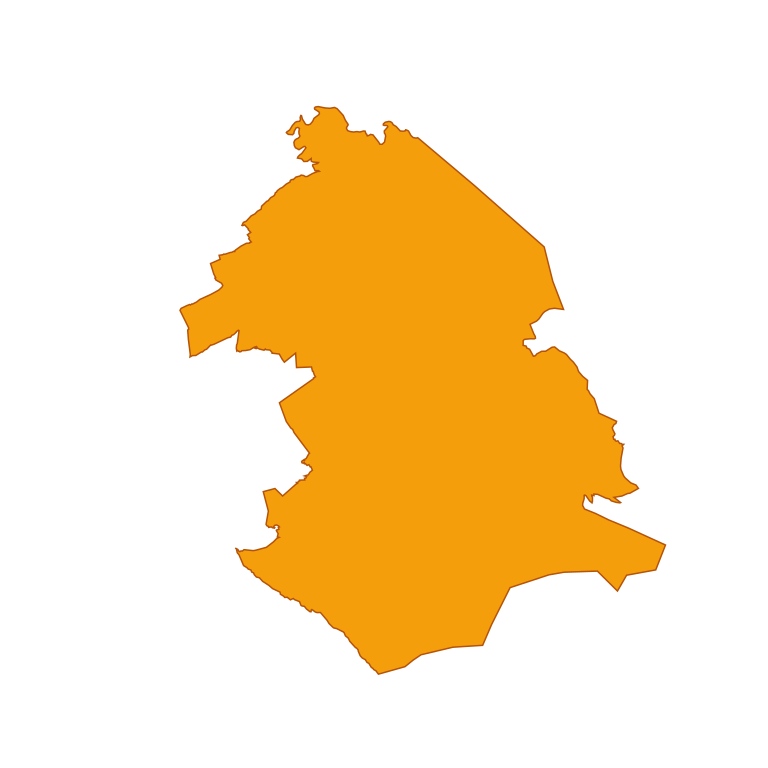 Tlahuapan, Puebla, Mexico, rotated 157°
{"feature_id": "50627088B76497892833902", "entity_name": "Tlahuapan", "entity_type": "district", "adm_level": 2, "iso_a3": "MEX", "parent_name": "Mexico", "parent_adm1": "Puebla", "projection": "albers", "projection_center": [-98.56, 19.351], "detail": "fine", "context": "isolated", "style": "filled", "palette": "amber", "viewbox_px": 768, "rotation_deg": 157, "n_neighbors": 0, "source": "geoboundaries", "source_scale": "gbopen_adm2", "svg_char_len": 6171}
<svg xmlns="http://www.w3.org/2000/svg" viewBox="0 0 768 768"><g transform="rotate(157 384 384)"><path d="M223.2,531.3L256.7,597.5L258.4,597.8L260.9,599.5L262.1,602.2L262.6,607.3L264.0,609.0L264.8,609.5L265.3,608.8L267.4,609.1L270.2,610.6L272.2,616.3L274.2,619.0L274.5,621.3L275.5,622.9L276.9,623.8L280.6,624.5L282.9,623.7L283.5,622.7L282.9,622.0L280.5,620.9L280.0,620.3L280.0,619.2L284.9,616.8L285.6,614.7L285.3,613.4L285.6,611.6L289.0,606.5L292.0,605.4L294.1,606.3L294.4,608.8L296.8,617.6L298.8,619.0L301.0,618.7L302.5,619.0L302.3,620.7L302.8,621.4L302.6,624.2L304.1,624.9L307.8,625.4L310.2,626.9L313.5,627.8L316.6,629.7L318.5,631.5L318.7,633.7L318.2,634.8L315.8,636.5L315.6,637.1L316.5,641.9L316.6,647.2L319.6,655.8L321.5,657.9L326.0,658.9L330.3,661.1L336.2,665.1L339.0,665.8L340.2,665.2L340.4,664.0L337.6,660.0L337.6,658.5L338.7,657.4L344.6,655.9L347.1,653.6L350.3,652.0L352.6,652.1L354.5,653.4L354.8,654.3L355.6,659.7L355.1,663.3L355.7,663.7L357.1,662.0L357.7,659.9L359.0,658.8L361.5,659.6L363.4,659.6L367.4,657.7L371.5,654.7L375.0,654.0L375.7,653.5L374.6,651.2L370.8,649.2L369.1,649.9L367.8,651.8L364.8,654.1L363.0,653.8L362.0,652.3L363.7,649.7L364.5,647.5L364.5,645.2L365.1,644.5L367.2,643.7L369.0,643.8L370.9,643.2L372.5,641.7L373.4,638.5L373.2,636.0L370.7,632.9L365.0,633.9L364.0,633.6L363.6,631.9L369.8,628.2L371.4,628.0L374.3,626.9L375.4,625.8L371.8,623.4L370.8,620.1L367.6,618.9L362.9,620.0L363.9,617.8L363.6,617.1L362.5,616.0L357.8,613.5L359.0,612.9L363.8,613.7L364.5,612.7L364.1,609.4L364.2,607.4L360.9,606.0L360.4,605.0L362.0,605.5L367.5,605.7L373.7,605.0L375.5,605.8L376.5,607.3L378.7,608.7L380.1,608.3L384.2,608.9L387.7,607.6L388.3,608.1L390.0,608.2L391.0,607.7L391.5,606.7L396.0,606.2L400.8,604.6L403.1,604.6L406.8,603.6L408.0,602.6L409.2,602.6L410.6,600.9L412.0,600.2L415.5,599.8L419.2,597.9L420.5,598.0L427.2,595.5L428.8,592.9L432.9,592.5L436.4,591.0L440.5,590.7L447.2,587.7L450.3,587.7L452.8,585.5L452.2,585.0L450.1,584.9L448.2,579.8L448.7,579.2L447.4,575.7L451.4,574.8L450.7,571.3L451.8,570.5L450.7,566.6L452.4,566.7L452.7,566.2L455.7,567.3L461.8,566.8L468.5,565.3L469.5,564.4L469.6,564.9L472.7,564.7L473.9,565.1L479.8,565.6L480.6,566.2L482.0,566.0L485.5,566.9L486.1,562.8L496.6,562.7L497.7,551.8L497.4,547.6L498.3,547.5L498.1,545.4L494.2,540.3L493.9,537.7L495.3,536.5L499.5,535.0L508.7,534.1L520.5,533.8L524.4,532.7L529.1,532.4L529.7,532.8L531.3,532.4L531.8,533.1L535.0,533.2L541.3,532.9L543.0,531.5L541.9,512.3L542.5,510.6L543.6,510.4L546.6,501.6L550.8,486.8L552.0,484.7L549.3,485.0L546.1,483.8L539.6,484.8L538.6,484.4L535.7,485.4L533.7,485.3L528.3,487.6L528.0,487.3L525.2,487.0L509.7,487.6L506.8,487.1L505.0,488.3L503.2,488.2L499.9,489.3L499.4,489.9L497.0,490.4L496.6,489.8L503.4,478.4L504.4,477.6L506.0,474.6L506.6,472.0L505.9,472.3L505.4,471.0L504.7,470.9L504.3,470.0L503.1,469.7L501.8,470.2L498.7,469.0L493.9,467.9L489.0,468.6L486.0,468.2L488.9,467.5L487.9,466.5L486.5,466.6L485.0,464.8L481.2,462.0L479.6,462.6L479.3,461.7L475.7,459.8L474.7,456.6L475.0,456.1L468.7,452.5L468.1,446.8L467.2,443.0L453.3,447.0L458.1,433.3L444.1,428.0L444.8,423.8L444.3,423.4L444.6,419.5L444.2,417.4L446.6,417.1L446.7,416.4L447.8,416.2L487.6,407.6L488.6,387.6L487.0,379.9L485.8,377.9L485.8,374.5L479.6,349.4L480.7,349.0L484.8,345.8L487.2,345.6L487.1,344.8L489.0,345.4L490.2,344.6L490.3,343.5L489.3,342.7L488.1,342.9L488.4,341.6L487.9,341.4L487.9,341.9L487.5,341.4L486.6,339.1L484.7,339.1L484.3,336.5L483.6,336.4L483.6,332.6L486.8,331.7L489.1,330.0L493.0,330.4L491.4,329.0L492.8,327.9L494.0,328.3L494.4,326.6L499.3,328.5L499.6,327.8L500.4,327.9L501.9,327.1L503.0,327.5L502.6,326.3L503.9,326.3L521.1,320.5L525.2,330.4L537.2,332.1L540.1,312.2L547.4,300.9L547.2,299.3L546.1,298.1L546.2,297.1L543.6,296.5L542.9,295.3L541.1,294.1L540.7,294.5L542.1,295.4L539.8,296.6L537.9,296.2L536.4,294.4L536.1,293.3L537.3,293.3L537.6,291.3L540.0,291.6L540.4,291.1L539.9,287.6L541.9,285.0L540.5,283.8L543.1,283.7L547.4,281.9L556.1,279.6L567.0,281.1L569.5,281.7L577.6,286.2L579.5,285.6L581.0,286.2L582.2,286.0L582.8,286.6L583.2,288.8L585.0,291.1L584.3,289.7L585.0,286.1L584.2,283.2L584.2,271.7L582.0,268.6L581.3,266.7L579.2,264.8L579.3,262.6L577.9,261.2L577.9,259.1L576.9,256.2L574.4,254.3L572.8,249.7L568.7,243.7L566.5,239.2L561.0,233.0L561.5,231.0L559.3,227.9L558.8,226.3L556.4,225.5L554.5,221.9L551.3,222.0L550.6,220.4L546.8,216.7L546.9,212.6L546.1,211.6L544.2,210.5L543.3,207.2L541.1,203.3L540.1,202.9L539.3,204.4L538.5,204.6L536.3,200.9L534.9,199.7L531.8,198.5L528.7,188.6L528.2,185.0L526.3,180.4L525.6,179.1L523.2,177.4L518.2,171.5L517.9,170.7L517.9,167.2L516.2,164.1L516.0,160.4L513.2,152.4L512.5,151.8L511.7,149.4L512.1,148.1L512.1,143.1L511.1,140.3L508.9,137.5L508.4,134.3L507.1,132.8L506.4,128.1L505.3,126.5L505.1,125.2L503.5,123.2L502.5,119.1L475.1,115.6L464.9,118.5L455.7,120.3L423.4,114.8L395.3,104.9L378.9,120.6L347.5,147.3L306.8,143.9L291.8,140.4L260.7,128.4L250.0,102.2L235.4,113.2L206.5,106.7L187.8,125.8L215.5,156.1L230.1,170.9L240.0,182.3L248.3,190.6L248.6,194.7L247.6,196.6L244.6,200.2L243.2,203.3L242.5,203.3L241.7,202.2L240.4,196.0L239.0,193.3L238.0,194.5L236.3,198.4L236.6,199.7L236.3,200.6L234.3,199.2L233.8,200.7L230.4,198.9L224.3,192.2L221.5,190.2L220.4,187.6L216.5,184.3L213.3,182.4L212.5,182.4L216.6,189.8L208.7,187.9L202.6,188.0L200.2,187.4L190.6,188.5L191.5,192.5L195.5,196.6L198.7,203.3L199.3,205.9L199.3,212.7L198.3,216.2L194.7,223.1L189.0,231.7L189.0,234.0L187.0,234.8L188.4,235.5L189.0,236.7L190.3,237.2L190.9,240.3L192.5,240.6L193.3,241.6L193.0,242.9L194.2,243.4L193.7,246.1L192.0,246.7L190.9,247.9L191.2,252.7L190.9,254.6L188.0,256.8L186.0,257.0L184.5,258.8L197.5,273.1L196.2,288.3L198.2,294.5L198.4,298.0L199.1,299.7L195.2,307.8L198.1,313.4L199.8,318.6L200.0,320.3L199.7,324.2L201.1,330.1L202.8,334.0L204.5,339.9L206.0,342.2L209.6,346.0L212.4,351.4L215.0,352.2L222.4,351.0L226.0,352.5L231.6,352.0L233.6,350.9L235.6,351.2L236.4,359.1L238.5,361.4L238.3,363.3L240.8,365.2L238.9,369.6L237.3,370.2L231.7,368.5L228.0,366.8L226.7,366.9L226.2,368.7L226.5,371.6L226.3,381.9L219.0,382.3L216.1,383.3L210.3,386.9L207.7,387.9L202.4,388.4L197.5,387.1L189.6,382.5L188.5,412.7L183.0,447.6L223.2,531.3Z" fill="#f59e0b" stroke="#b45309" stroke-width="1.5"/></g></svg>